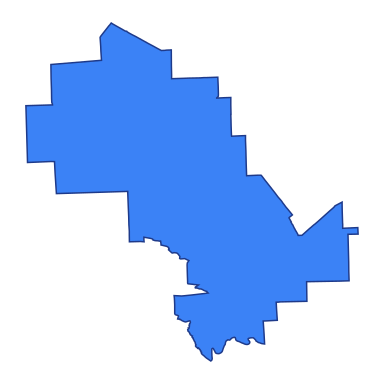 Putineiu, Giurgiu, Romania
{"feature_id": "2599482B3296523517134", "entity_name": "Putineiu", "entity_type": "district", "adm_level": 2, "iso_a3": "ROU", "parent_name": "Romania", "parent_adm1": "Giurgiu", "projection": "orthographic", "projection_center": [25.776, 43.909], "detail": "fine", "context": "isolated", "style": "filled", "palette": "blue", "viewbox_px": 384, "rotation_deg": 0, "n_neighbors": 0, "source": "geoboundaries", "source_scale": "gbopen_adm2", "svg_char_len": 5800}
<svg xmlns="http://www.w3.org/2000/svg" viewBox="0 0 384 384"><path d="M279.8,301.9L306.9,301.3L306.6,281.7L339.6,281.1L349.1,280.8L348.8,271.5L348.7,262.1L348.0,234.3L358.1,234.1L357.8,227.6L342.7,228.3L342.7,227.2L342.7,223.8L342.6,223.6L342.2,210.3L342.1,203.7L342.1,202.1L335.8,205.4L334.8,206.0L334.3,206.8L333.3,207.8L329.5,211.1L324.5,215.6L317.7,221.7L315.6,223.5L315.2,223.9L314.3,224.5L312.4,226.1L311.2,227.2L309.7,228.4L302.0,235.3L298.1,235.4L298.0,234.8L297.8,234.3L296.3,231.6L295.4,230.2L294.9,229.1L294.1,227.8L292.9,225.2L292.8,224.9L292.0,224.0L291.5,222.9L291.1,222.4L290.9,221.9L290.9,221.7L291.1,221.6L289.0,217.9L289.3,217.5L290.0,216.8L291.5,215.7L292.4,214.9L288.1,209.6L285.8,206.9L283.9,204.3L283.2,203.5L281.6,201.1L277.9,196.8L274.6,192.4L268.8,185.0L265.0,180.2L262.2,176.5L261.3,175.4L261.1,175.3L261.0,175.2L257.9,175.2L246.6,175.7L246.2,163.8L245.9,150.9L245.5,140.4L245.5,135.6L242.7,135.7L231.6,136.2L231.5,135.6L231.4,133.7L231.1,125.8L231.0,120.4L230.8,114.7L230.8,114.4L231.0,114.4L230.8,105.4L230.8,97.5L224.7,97.7L216.7,98.1L216.7,97.9L217.5,97.2L218.2,96.4L218.3,96.1L218.4,95.0L218.4,93.9L218.2,86.4L217.8,77.2L209.3,77.5L206.5,77.6L204.0,77.6L200.0,77.9L189.2,78.1L184.1,78.3L171.6,78.7L171.6,74.8L171.4,65.6L171.3,49.9L171.1,49.8L170.3,50.0L169.8,50.0L166.9,50.1L164.4,50.4L161.3,50.5L157.0,48.2L153.4,46.2L148.3,43.5L141.8,39.9L135.7,36.5L132.7,35.0L129.0,33.0L127.1,31.8L126.7,31.2L125.7,31.2L124.8,30.8L112.6,23.9L111.2,23.0L109.7,25.0L108.9,25.8L100.9,36.0L100.2,37.1L100.1,37.4L100.1,37.8L100.7,46.3L100.9,51.3L101.5,60.3L50.9,64.5L51.1,78.3L51.5,90.5L51.6,98.6L51.8,102.2L51.8,102.5L52.4,103.9L52.5,104.9L25.9,105.7L27.3,154.6L27.5,162.5L51.1,161.5L54.5,161.6L55.1,173.4L56.4,193.6L127.7,191.4L128.3,207.4L128.7,216.5L128.9,224.8L129.3,231.1L129.3,233.9L129.3,235.3L129.4,241.8L140.6,241.5L142.6,241.7L144.1,241.8L143.9,239.8L143.9,237.2L150.1,238.3L151.3,238.6L152.0,238.8L152.7,239.2L152.8,239.4L153.3,239.9L153.2,240.0L153.7,240.2L154.5,240.5L155.7,240.7L157.7,240.8L159.5,241.1L160.6,241.1L161.0,243.9L161.0,245.0L166.5,246.3L167.7,246.8L167.8,246.9L168.1,247.3L168.5,247.6L168.9,248.2L168.8,248.3L168.7,248.6L169.1,249.1L168.6,249.6L168.5,249.8L171.9,252.9L172.3,253.0L172.8,253.0L173.8,252.7L174.6,252.7L176.4,252.9L177.0,253.2L177.3,253.3L178.0,254.0L178.4,254.5L179.8,256.3L179.9,256.6L179.6,258.3L179.8,258.6L180.6,258.9L181.3,258.9L184.7,258.6L188.9,260.6L187.3,262.9L187.1,264.9L187.2,268.8L187.4,276.0L187.6,281.4L187.6,283.0L187.8,283.6L188.0,283.8L192.8,284.3L194.6,284.6L195.4,284.6L197.0,284.8L198.5,285.0L197.1,286.0L195.4,287.0L195.2,287.4L195.3,287.9L195.5,288.0L196.4,288.0L197.3,288.1L199.3,288.9L201.2,289.0L202.7,289.7L203.5,290.2L204.3,290.6L205.6,291.1L206.8,291.4L206.8,291.7L207.0,291.9L208.0,292.9L208.1,293.0L204.6,293.5L191.7,295.0L182.8,295.9L181.3,296.0L180.0,295.9L174.1,295.6L174.4,298.4L174.7,304.9L174.7,311.6L174.7,313.4L174.9,314.0L175.1,314.4L175.4,314.7L176.3,315.0L177.6,315.4L178.4,315.8L178.5,316.0L178.4,316.4L177.6,319.0L177.9,319.1L178.7,319.1L179.7,319.3L179.8,319.4L179.9,319.2L182.1,320.7L184.2,321.6L185.3,321.9L185.9,321.9L186.6,321.7L189.5,320.8L189.8,320.8L190.0,320.9L190.3,321.7L190.4,322.3L190.3,322.8L190.2,323.0L189.7,323.4L189.6,324.0L189.4,324.2L189.5,324.4L189.6,324.8L189.1,325.3L189.2,325.5L189.4,325.7L189.4,325.8L189.2,326.1L189.4,326.7L189.3,326.9L189.2,327.3L189.0,327.6L189.0,327.9L188.4,328.0L188.6,328.3L188.7,328.5L188.2,329.1L187.9,329.3L187.7,329.5L187.8,329.9L187.8,330.3L188.0,330.6L188.1,330.8L188.1,331.3L188.9,331.8L189.3,332.5L189.5,333.0L189.8,333.2L189.8,333.6L190.1,333.9L190.1,334.4L190.3,334.7L190.8,334.9L191.0,335.3L191.4,335.4L192.0,335.9L192.3,336.0L192.0,336.5L192.2,336.8L192.2,337.4L192.8,337.6L192.8,338.1L193.3,338.4L193.3,339.1L193.5,339.3L193.8,340.0L194.0,340.3L194.5,341.5L195.1,342.1L195.1,342.4L195.3,342.8L195.3,343.5L195.6,344.0L195.6,344.5L196.0,344.9L195.9,345.0L195.7,345.3L195.5,346.0L196.0,346.7L196.2,346.9L196.3,347.1L196.6,347.2L196.8,347.4L197.1,347.5L197.3,347.9L197.5,348.0L197.6,348.3L197.9,348.5L198.2,348.5L198.3,348.4L198.4,347.9L198.5,347.9L198.6,348.0L199.0,348.6L199.0,348.8L199.5,349.0L199.7,349.5L200.2,349.8L200.3,350.3L200.5,350.5L200.4,350.8L200.5,351.0L200.9,351.1L201.0,351.8L201.1,352.0L201.2,352.3L201.6,352.4L201.6,352.6L201.3,353.0L201.5,353.4L201.7,353.8L201.9,354.0L202.1,354.3L203.2,355.2L204.3,356.1L205.3,357.1L206.5,358.1L210.8,361.0L211.7,360.3L211.8,360.1L212.0,359.6L212.1,359.1L212.2,358.6L212.0,356.5L211.9,355.4L211.9,354.1L211.8,353.1L211.8,352.2L211.8,351.2L211.8,349.6L211.8,349.2L212.0,348.7L212.7,348.3L213.1,348.4L213.3,348.6L213.5,348.8L214.2,350.2L214.6,350.9L215.5,352.8L215.7,353.0L216.3,353.3L217.1,353.6L217.6,353.6L218.5,353.7L219.1,353.6L219.5,353.5L221.2,352.6L221.7,352.1L222.1,351.6L222.4,351.0L223.3,348.2L223.9,346.8L224.1,346.1L224.9,344.9L225.2,344.4L225.3,343.8L225.5,342.5L225.8,341.7L226.3,340.8L227.2,340.3L227.4,340.0L227.8,339.8L228.3,339.8L229.0,340.1L229.3,340.1L230.2,339.8L230.4,339.6L230.6,339.1L231.1,338.8L232.0,338.0L232.5,337.7L233.1,337.6L234.0,337.4L234.6,337.5L234.6,337.4L235.2,337.6L235.3,337.9L235.5,338.2L235.7,339.4L236.0,340.1L236.5,340.6L236.9,340.8L238.2,341.4L239.0,341.5L241.6,342.8L243.8,343.6L244.2,343.9L245.9,344.4L247.1,344.5L247.6,344.4L248.6,344.1L249.3,343.5L249.6,343.1L249.7,342.8L249.8,342.4L249.8,341.9L249.5,341.3L248.4,340.0L248.2,339.5L248.1,339.2L248.2,338.6L248.5,338.4L249.2,338.2L250.3,337.9L251.4,337.8L252.6,337.8L253.1,337.8L253.5,337.9L255.5,339.9L255.7,340.2L256.0,340.9L256.2,341.2L257.1,341.6L258.3,342.5L259.6,342.8L261.1,343.4L261.7,343.6L264.6,344.0L264.1,334.8L264.1,334.5L263.2,321.0L264.4,321.0L277.3,320.3L276.6,310.0L276.2,302.2L279.0,302.1L279.6,301.9L279.8,301.9Z" fill="#3b82f6" stroke="#1e3a8a" stroke-width="1.5"/></svg>